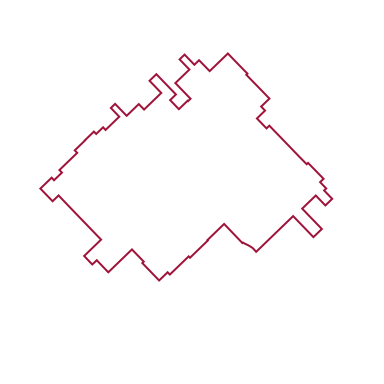 the district of Cue, Western Australia, Australia, rotated 136°
{"feature_id": "25037944B79165272170091", "entity_name": "Cue", "entity_type": "district", "adm_level": 2, "iso_a3": "AUS", "parent_name": "Australia", "parent_adm1": "Western Australia", "projection": "equal_earth", "projection_center": [117.893, -27.226], "detail": "fine", "context": "isolated", "style": "outline", "palette": "rose", "viewbox_px": 384, "rotation_deg": 136, "n_neighbors": 0, "source": "geoboundaries", "source_scale": "gbopen_adm2", "svg_char_len": 2067}
<svg xmlns="http://www.w3.org/2000/svg" viewBox="0 0 384 384"><g transform="rotate(136 192 192)"><path d="M82.9,199.8L82.9,205.4L71.4,205.4L71.5,238.6L69.9,238.6L70.0,250.3L70.0,263.6L70.0,266.7L80.7,266.7L86.5,266.7L95.3,266.7L95.4,281.9L96.0,281.9L101.9,281.9L101.9,296.0L108.8,296.0L108.8,281.9L111.5,281.9L113.5,281.9L115.5,281.9L118.2,281.9L120.9,281.9L122.2,281.9L125.6,281.9L128.3,281.9L128.3,273.3L128.3,272.8L128.3,260.1L131.7,260.1L131.7,260.7L143.9,260.7L143.9,272.0L143.9,272.5L143.9,273.3L139.5,273.3L137.3,273.3L135.8,273.3L135.8,301.5L145.3,301.5L145.3,284.6L151.9,284.6L154.1,284.6L159.5,284.6L163.8,284.6L164.4,284.6L169.2,284.6L169.2,292.2L178.8,292.2L186.1,292.2L186.1,295.2L186.1,298.4L186.1,308.8L192.0,308.8L192.0,296.7L207.3,296.7L208.1,296.7L211.1,296.7L211.0,300.3L216.1,300.3L220.6,300.3L220.6,302.9L220.6,303.6L221.6,303.6L233.2,303.6L233.2,303.4L247.4,303.4L247.4,299.9L252.5,299.9L264.0,299.9L272.1,299.9L272.1,296.3L278.5,296.3L283.1,296.3L283.0,299.8L298.7,299.8L298.7,282.2L290.4,282.2L290.5,255.1L290.5,234.5L290.5,230.2L290.5,220.9L314.0,220.9L314.1,209.2L312.0,209.1L310.0,209.1L307.9,209.1L308.0,192.4L306.5,192.4L301.4,192.4L295.5,192.4L294.1,192.4L282.4,192.4L275.1,192.4L275.1,175.4L277.1,175.4L277.1,170.9L277.1,164.3L277.1,151.2L265.3,151.2L265.3,148.0L239.1,148.0L239.1,146.1L226.7,146.1L223.9,146.1L222.4,146.1L214.3,146.1L214.3,146.7L212.6,146.7L208.4,146.7L194.8,146.7L194.0,146.7L191.8,146.7L191.1,146.7L191.2,120.3L190.5,120.3L190.0,118.5L189.1,116.1L188.6,114.7L188.0,112.7L187.5,110.7L187.3,109.5L187.3,108.8L187.3,108.6L187.3,107.8L187.3,107.0L187.4,104.4L179.6,104.4L176.8,104.4L163.8,104.4L156.6,104.4L145.3,104.4L136.0,104.4L136.0,100.1L136.0,88.0L136.0,75.2L124.3,75.2L124.3,96.0L124.3,103.5L105.4,103.5L105.4,89.7L104.7,89.7L103.3,89.7L96.6,89.7L96.1,89.7L95.9,89.7L95.9,101.3L93.0,101.3L93.0,103.8L93.0,110.1L88.2,110.1L88.3,132.3L90.2,132.3L90.3,141.3L90.3,142.1L90.3,186.0L92.9,186.0L94.2,186.0L94.2,187.4L94.2,196.0L94.2,199.8L87.5,199.8L82.9,199.8Z" fill="none" stroke="#9f1239" stroke-width="2"/></g></svg>